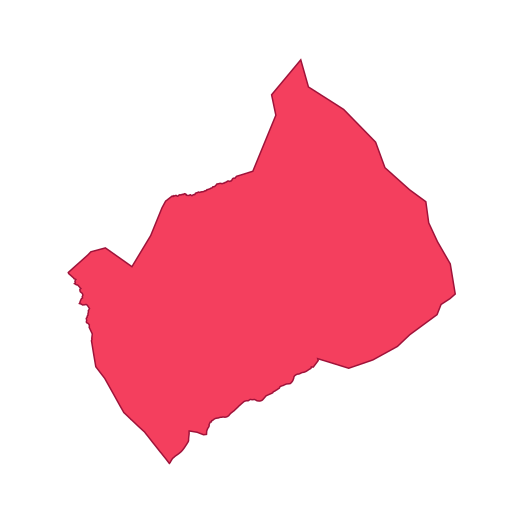 Bayan-Uul, Dornod, Mongolia (orthographic projection), rotated 255°
{"feature_id": "93677404B89192835653586", "entity_name": "Bayan-Uul", "entity_type": "district", "adm_level": 2, "iso_a3": "MNG", "parent_name": "Mongolia", "parent_adm1": "Dornod", "projection": "orthographic", "projection_center": [112.71, 49.077], "detail": "fine", "context": "isolated", "style": "filled", "palette": "rose", "viewbox_px": 512, "rotation_deg": 255, "n_neighbors": 0, "source": "geoboundaries", "source_scale": "gbopen_adm2", "svg_char_len": 5718}
<svg xmlns="http://www.w3.org/2000/svg" viewBox="0 0 512 512"><g transform="rotate(255 256 256)"><path d="M405.7,350.4L433.9,350.0L407.7,312.8L386.8,311.6L338.7,274.9L338.0,257.7L336.8,256.2L336.6,255.7L336.8,255.3L336.9,254.7L337.0,254.3L336.9,253.9L336.7,253.7L336.6,253.3L336.4,253.1L336.1,252.9L335.8,252.6L335.7,252.5L335.5,252.3L335.5,252.1L335.4,251.9L335.3,251.7L335.1,251.6L335.0,251.4L334.9,251.3L335.0,250.9L334.9,250.5L334.8,250.1L334.8,249.9L334.9,249.7L335.2,249.5L335.3,249.3L335.4,249.1L335.4,248.9L335.7,248.5L335.7,248.3L335.7,248.0L335.5,247.8L335.5,247.7L335.5,247.3L335.4,247.1L335.2,246.9L335.2,246.6L335.1,246.4L335.0,246.1L335.1,245.5L335.0,245.1L335.0,244.9L334.8,244.7L334.7,244.6L334.7,244.3L334.7,244.0L334.8,243.8L334.6,243.6L334.7,243.0L334.6,242.3L334.6,242.1L334.7,241.8L334.9,241.6L334.9,241.2L335.0,241.0L335.1,240.9L335.3,240.7L335.5,240.1L335.5,239.7L335.5,239.1L335.5,238.4L335.6,237.4L335.7,236.9L335.5,236.7L335.2,236.4L335.0,236.1L334.6,235.3L334.3,234.8L334.1,234.6L333.9,234.2L333.8,233.8L333.8,233.5L333.8,233.1L334.0,232.7L334.0,232.4L334.0,232.2L333.8,231.9L333.6,231.8L333.3,231.3L333.2,231.1L333.1,230.6L333.2,230.1L333.2,229.9L333.1,229.5L332.9,229.3L332.8,228.7L332.8,228.4L332.8,228.2L332.8,227.8L332.7,227.6L332.7,226.9L332.7,226.7L332.7,226.2L332.8,225.9L332.6,225.5L332.3,225.4L332.2,225.2L332.2,224.7L332.0,224.3L332.1,224.1L332.1,223.7L332.2,223.4L332.1,223.1L332.0,222.8L331.9,222.5L331.8,222.3L331.8,222.1L331.9,221.1L331.9,220.8L332.0,220.1L332.2,219.7L332.0,219.2L332.1,218.9L332.1,218.7L332.0,218.3L332.0,218.0L332.2,217.7L332.3,217.5L332.4,217.4L332.6,217.2L332.7,216.7L332.4,216.2L332.3,215.4L332.4,214.8L332.5,214.6L332.4,214.4L332.3,214.1L332.2,213.9L332.2,213.7L331.7,213.2L331.4,213.0L331.2,212.8L331.2,212.5L331.3,212.2L331.4,211.5L331.4,211.3L331.3,210.9L331.1,210.6L330.9,210.3L330.9,210.0L330.9,209.7L331.0,209.5L331.1,209.3L331.6,208.9L332.0,208.7L332.2,208.2L332.0,207.8L331.9,207.5L331.8,207.2L331.9,206.7L332.0,206.3L332.0,206.2L332.3,205.4L332.4,205.2L332.5,205.0L332.6,204.8L332.6,204.6L332.8,204.4L333.1,204.5L333.4,204.6L333.6,204.5L333.7,204.1L333.9,203.9L334.2,203.8L334.5,203.6L334.6,203.4L334.6,203.0L334.7,202.8L334.7,202.6L334.5,202.4L334.3,202.1L334.2,201.7L334.2,201.4L334.4,201.1L334.7,200.8L334.7,200.6L334.5,200.1L334.4,199.8L334.4,199.6L334.5,199.2L334.5,198.9L334.7,198.7L334.8,198.5L334.9,198.3L334.9,198.2L334.7,197.9L334.7,197.7L334.7,197.1L334.3,196.5L334.1,196.1L334.0,195.9L334.0,195.7L334.2,195.3L334.3,195.2L334.5,195.1L335.1,194.7L335.3,194.2L335.2,193.6L335.1,193.1L335.1,192.7L335.3,192.3L335.5,192.2L335.3,191.8L335.0,191.7L334.9,191.5L334.9,191.4L335.0,191.1L335.2,190.7L335.6,190.5L332.4,182.9L326.9,177.7L303.0,159.6L277.8,133.4L302.8,112.6L302.8,97.6L300.5,93.8L288.7,70.4L287.5,70.5L281.9,74.2L281.2,74.3L281.1,74.5L280.0,75.9L279.5,75.3L278.4,74.6L278.1,74.5L277.4,74.7L276.9,74.6L276.3,73.5L275.8,74.1L275.1,74.6L274.8,75.0L274.6,75.2L274.3,76.0L273.9,76.4L269.9,78.4L269.6,77.6L269.3,77.3L268.9,77.1L267.1,77.0L266.8,77.1L265.8,77.9L264.8,78.5L264.4,78.6L263.3,78.7L262.7,78.5L262.3,78.2L262.1,77.9L261.7,77.6L261.3,77.6L260.4,77.6L260.2,77.0L260.0,76.4L258.9,75.4L257.3,74.2L256.8,74.1L255.8,73.1L254.8,74.7L254.3,75.2L253.6,75.8L253.3,77.5L253.2,77.9L253.2,79.2L253.0,79.6L252.7,79.9L251.2,80.7L250.9,80.7L248.3,81.6L246.5,79.8L245.3,79.7L244.5,79.2L243.6,78.7L242.5,78.5L241.5,77.3L240.5,77.1L239.7,75.9L237.6,75.8L236.2,75.0L235.2,75.3L235.0,75.7L234.4,76.3L232.7,77.2L231.9,76.9L231.1,76.8L230.3,76.4L223.1,77.7L218.8,76.0L218.2,76.1L216.7,75.1L215.1,75.0L202.3,73.7L200.1,73.5L190.5,72.6L185.7,74.6L184.9,74.9L177.0,78.2L165.5,81.1L160.0,82.5L157.6,83.1L155.2,83.7L152.8,84.3L149.6,85.1L146.4,85.9L145.6,86.1L143.0,86.8L139.9,87.6L139.0,87.8L137.6,88.7L134.2,90.8L132.8,91.6L131.4,92.5L130.5,92.9L129.6,93.6L122.4,98.0L116.9,101.5L114.9,102.8L112.2,103.9L110.0,104.9L106.2,106.5L102.6,108.0L98.3,109.9L91.3,112.9L89.9,113.6L88.2,114.3L83.9,116.2L78.1,118.6L78.7,119.6L79.2,120.0L80.0,120.8L81.8,122.7L82.4,123.7L82.8,124.7L83.2,125.3L83.8,126.7L84.1,127.6L84.7,129.3L85.4,131.0L86.4,133.1L87.5,134.8L89.2,137.0L91.5,139.6L92.1,140.3L93.0,141.2L94.2,142.5L95.2,143.1L96.9,143.6L98.8,144.3L101.1,145.2L102.0,145.5L103.3,145.8L104.3,146.2L101.0,153.5L96.9,159.1L96.5,162.0L99.7,163.1L100.1,163.3L101.0,164.1L101.7,164.5L102.5,165.4L103.3,166.3L104.4,166.9L105.5,167.1L106.1,167.8L106.7,168.2L107.4,168.8L107.3,169.9L108.4,170.6L108.5,171.6L108.8,172.3L109.3,173.4L109.6,174.8L109.5,176.4L109.3,177.5L109.4,178.8L109.4,180.0L109.1,181.3L109.1,182.4L108.7,183.4L108.4,184.1L108.2,185.3L108.3,186.7L108.8,188.3L109.8,189.6L110.6,190.9L110.9,191.6L111.9,193.9L112.3,195.0L112.7,195.6L114.8,199.5L115.5,200.6L116.1,201.9L117.1,203.8L117.9,205.5L118.5,206.7L118.7,208.2L118.6,209.9L118.2,210.7L118.3,211.5L118.9,212.8L118.9,213.5L118.5,214.3L118.0,215.7L117.9,217.2L117.2,218.2L115.9,219.5L115.4,220.7L114.9,222.2L114.9,223.5L115.1,224.6L115.5,225.4L118.4,229.7L119.4,236.1L119.6,236.8L120.1,237.2L120.5,238.1L120.6,239.2L121.0,240.1L121.4,241.7L121.9,243.0L122.3,244.3L123.3,245.1L123.7,245.8L123.9,247.5L123.9,248.8L124.3,250.7L124.5,252.4L124.2,254.0L123.9,255.9L124.2,256.7L125.0,258.0L126.1,259.3L127.2,260.1L128.2,260.8L129.5,261.4L130.3,262.3L130.9,263.8L131.2,265.5L130.9,266.8L131.1,268.4L131.5,270.2L131.3,272.3L131.5,274.2L131.9,275.6L132.5,277.3L132.8,278.2L133.1,279.5L133.5,280.2L134.5,280.7L133.9,282.6L138.9,289.0L140.9,289.0L123.6,316.5L125.4,342.1L132.1,369.3L140.2,384.2L152.5,415.7L161.3,422.2L164.6,432.3L167.7,438.6L198.1,441.6L222.8,435.0L243.3,431.4L264.5,434.1L280.2,421.5L307.9,403.4L335.0,401.0L374.9,378.6L405.7,350.4Z" fill="#f43f5e" stroke="#9f1239" stroke-width="1.5"/></g></svg>